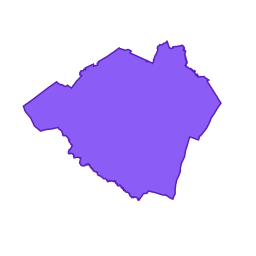 Potcoava, Olt, Romania, rotated 346°
{"feature_id": "2599482B96526679969139", "entity_name": "Potcoava", "entity_type": "district", "adm_level": 2, "iso_a3": "ROU", "parent_name": "Romania", "parent_adm1": "Olt", "projection": "orthographic", "projection_center": [24.625, 44.467], "detail": "fine", "context": "isolated", "style": "filled", "palette": "violet", "viewbox_px": 256, "rotation_deg": 346, "n_neighbors": 0, "source": "geoboundaries", "source_scale": "gbopen_adm2", "svg_char_len": 5739}
<svg xmlns="http://www.w3.org/2000/svg" viewBox="0 0 256 256"><g transform="rotate(346 128 128)"><path d="M154.5,207.8L154.7,207.2L155.8,205.6L157.8,203.3L159.1,198.1L159.8,196.6L160.6,194.3L161.8,192.2L162.6,190.3L165.7,186.6L167.9,183.4L168.6,182.0L168.7,180.6L168.9,180.0L170.3,177.1L171.4,175.1L175.7,169.8L176.4,168.5L178.2,164.1L180.9,159.8L185.5,151.8L185.9,151.8L188.0,152.9L193.4,156.6L193.7,156.4L194.3,155.5L194.8,154.3L195.4,153.3L195.7,153.1L196.6,153.1L197.0,152.8L204.2,147.2L208.7,142.0L211.1,138.5L215.2,134.8L220.5,129.5L224.2,126.4L222.2,120.4L221.9,118.9L221.3,117.4L216.4,102.7L216.3,101.3L217.1,101.3L217.5,100.9L217.9,100.9L215.0,97.9L214.4,96.5L212.0,96.1L210.2,95.6L209.1,95.6L208.2,95.2L208.5,94.9L208.6,94.4L208.4,94.2L207.7,94.1L207.6,93.8L208.3,93.6L208.3,93.3L207.5,93.2L207.4,93.1L207.6,92.7L206.7,93.0L206.4,92.7L206.7,92.1L206.2,91.1L206.2,90.5L206.7,89.6L206.3,89.7L206.2,89.4L206.4,89.0L206.1,88.2L205.7,88.3L205.4,89.3L204.8,89.1L204.6,88.5L205.1,88.6L205.1,88.4L204.7,88.0L204.7,87.8L204.8,87.7L204.5,87.1L203.5,86.7L203.5,86.3L203.8,86.2L203.3,85.4L202.4,85.7L202.1,85.2L201.5,84.9L201.1,83.9L200.3,83.6L200.0,82.8L198.9,82.3L199.0,81.6L198.7,81.1L199.1,81.1L199.4,80.7L199.8,80.8L199.8,80.6L199.7,79.8L199.8,79.5L200.3,79.2L200.9,79.4L201.1,79.2L200.7,78.0L201.3,77.8L201.1,77.0L201.2,75.8L200.5,75.8L200.4,75.5L200.6,75.0L200.5,74.4L201.1,74.1L201.2,73.8L200.9,73.6L200.9,73.2L201.0,72.9L200.9,72.7L201.0,72.4L200.8,72.2L200.7,71.8L200.7,71.5L201.1,71.1L200.8,69.8L200.9,69.5L201.5,69.0L201.8,68.9L202.0,68.0L202.4,67.7L202.3,66.7L202.1,66.5L201.7,66.3L201.3,66.5L200.6,66.2L200.9,65.5L201.4,65.4L201.3,64.8L201.7,64.6L201.4,64.2L202.0,63.8L201.8,62.7L201.6,62.4L201.1,62.3L201.1,61.2L200.6,60.8L200.0,60.8L197.9,60.9L195.9,60.7L194.9,60.9L193.9,60.4L193.1,60.4L191.3,60.2L190.9,60.2L191.0,61.4L189.1,61.3L188.1,60.7L188.0,60.2L187.5,60.2L187.1,56.3L187.1,55.1L186.8,53.3L185.6,54.1L184.5,54.6L183.1,54.4L181.2,55.7L179.7,55.2L179.2,54.8L178.3,55.4L176.6,56.2L176.3,56.5L175.7,57.8L176.1,58.8L176.0,59.2L173.8,62.3L172.5,63.9L172.1,64.0L171.4,65.1L169.2,68.2L169.1,68.3L169.4,68.7L169.0,69.5L167.5,71.1L167.4,70.8L163.5,68.3L162.5,68.3L162.0,67.7L163.3,67.7L148.0,55.6L149.7,54.2L148.1,52.5L146.9,51.8L144.4,52.0L139.4,49.0L139.0,48.7L138.8,48.2L132.1,51.0L129.1,52.0L125.4,53.5L115.5,56.4L115.6,57.3L113.8,57.7L113.8,59.5L109.7,59.8L109.9,58.8L109.6,58.8L109.8,57.7L101.0,59.4L100.9,60.0L101.4,60.8L101.3,61.0L100.9,61.2L100.4,61.1L99.8,60.5L99.3,60.4L99.0,60.7L98.9,61.1L98.5,61.5L97.8,61.6L96.8,61.5L96.3,61.2L96.0,61.3L95.8,61.8L95.2,62.1L94.6,62.8L94.6,63.3L94.7,63.5L94.1,64.4L94.3,65.0L95.1,65.1L95.7,66.1L90.2,69.7L89.3,70.1L88.5,70.9L88.1,71.2L87.6,71.9L85.6,73.1L82.9,75.6L82.5,75.0L81.1,73.9L79.9,71.9L79.5,71.9L77.7,72.7L76.3,71.9L75.2,70.7L74.1,69.8L73.0,69.7L70.6,67.2L69.9,65.9L60.4,69.6L40.1,78.3L31.8,81.5L32.2,85.7L32.4,87.2L32.9,88.4L36.0,94.6L36.2,95.8L37.3,101.0L37.6,103.2L38.2,103.9L38.5,104.6L40.8,107.5L42.3,109.8L48.2,109.7L54.3,110.5L58.0,110.5L60.5,110.7L60.5,111.5L60.8,112.4L62.5,114.2L63.0,115.1L62.9,116.4L63.4,117.6L63.4,118.1L63.0,119.0L63.1,119.4L63.8,120.0L65.8,120.2L66.6,121.9L67.6,123.1L67.6,123.6L67.4,124.5L67.5,124.7L68.4,125.3L67.7,125.7L67.5,126.1L67.6,127.1L68.3,127.9L68.5,129.1L68.7,129.7L68.6,129.9L68.6,130.1L69.7,131.3L69.6,131.7L68.7,132.5L68.3,133.4L67.6,133.7L67.1,134.5L66.7,134.5L66.3,134.9L65.8,134.8L65.5,135.2L65.3,135.8L64.8,135.9L64.6,136.3L64.5,136.8L64.3,137.1L64.1,138.3L64.9,138.9L65.6,139.0L65.9,138.7L66.8,138.8L67.6,139.5L68.1,139.6L68.2,140.1L68.6,140.3L68.5,140.8L68.9,141.4L68.7,142.1L68.4,142.3L68.3,142.9L68.4,143.7L68.7,143.9L69.2,144.2L70.6,143.9L71.6,144.1L72.4,144.6L72.9,144.5L73.4,144.6L73.7,145.2L74.5,145.4L74.2,145.6L74.4,146.5L74.3,146.9L72.6,150.1L73.3,152.0L73.5,152.9L74.2,153.5L75.7,153.8L76.6,154.3L77.8,153.8L78.7,153.8L78.8,153.4L79.2,153.6L79.6,153.0L80.0,153.1L79.9,153.4L80.2,153.7L80.3,154.0L80.9,153.8L81.0,154.1L81.3,153.7L81.5,153.7L81.4,154.6L82.2,155.1L81.9,155.8L81.9,156.6L82.4,157.2L82.4,157.5L82.9,157.6L82.8,158.2L83.1,158.6L83.5,158.7L83.7,159.1L83.4,159.6L84.1,160.5L84.0,160.9L84.3,161.0L84.2,161.3L85.9,162.7L86.4,163.0L86.7,162.9L86.9,163.1L87.2,163.8L87.5,163.9L87.2,164.4L87.2,165.1L87.3,165.7L87.5,166.5L88.5,167.3L89.7,167.8L90.4,169.0L91.1,169.5L91.7,170.8L92.0,171.2L92.9,171.4L94.7,172.6L94.8,172.9L94.8,174.1L95.5,174.6L95.4,175.2L95.6,175.2L96.1,174.8L96.5,175.2L97.4,174.7L97.4,175.1L97.7,175.3L99.0,175.2L99.8,175.8L101.8,176.8L102.0,176.8L101.8,176.2L102.1,175.9L102.4,176.0L102.6,176.4L103.1,176.6L102.9,177.5L103.1,177.9L102.7,178.4L103.4,179.0L103.5,179.7L104.0,179.6L104.2,179.8L103.9,180.3L103.9,181.3L104.6,181.8L105.6,182.0L105.9,181.5L106.6,181.6L106.7,182.1L107.5,183.2L107.0,183.5L107.4,183.9L107.5,184.2L107.7,184.4L107.4,184.7L107.8,184.9L108.3,184.7L108.8,185.0L108.8,185.4L108.6,185.7L108.9,185.9L108.5,186.2L108.4,186.4L108.8,186.7L108.9,187.1L108.8,187.4L109.4,187.4L109.4,188.0L110.0,188.1L109.9,188.4L110.1,188.9L110.9,189.5L111.0,189.7L110.9,190.0L112.2,190.4L112.7,190.9L113.0,191.2L112.9,191.6L113.0,191.8L113.7,192.3L113.4,193.0L113.5,193.8L113.9,194.4L113.8,194.8L114.0,194.9L114.1,195.2L115.3,195.9L115.1,196.4L115.9,196.2L116.0,196.5L116.5,196.4L116.7,196.9L116.9,197.0L117.1,196.8L117.3,196.3L117.5,196.3L118.0,196.7L119.6,197.3L120.2,198.4L120.2,198.7L120.6,198.9L120.1,199.2L120.3,199.5L120.8,199.4L120.7,199.9L120.4,200.3L120.5,200.6L121.7,200.4L121.8,200.0L124.1,198.0L124.7,197.7L126.6,195.7L127.3,195.5L130.5,195.9L131.5,195.2L132.2,194.2L132.7,194.1L139.7,197.8L145.9,201.6L147.3,201.9L148.0,201.8L148.1,202.0L148.4,201.9L148.7,202.7L149.6,203.4L151.8,205.9L154.1,207.8L154.5,207.8Z" fill="#8b5cf6" stroke="#5b21b6" stroke-width="1.5"/></g></svg>